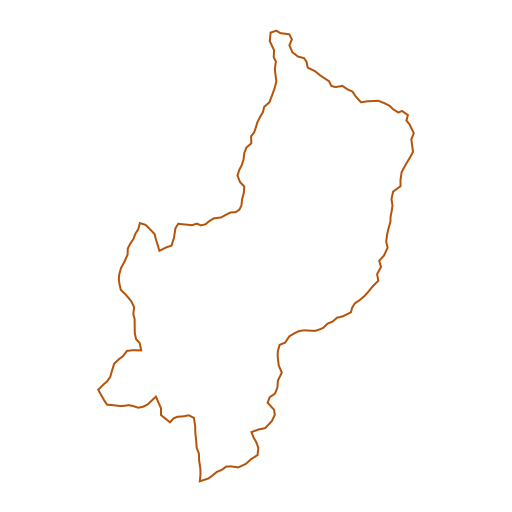 the district of Iacri, São Paulo, Brazil
{"feature_id": "56859067B52512979226911", "entity_name": "Iacri", "entity_type": "district", "adm_level": 2, "iso_a3": "BRA", "parent_name": "Brazil", "parent_adm1": "São Paulo", "projection": "robinson", "projection_center": [-50.627, -21.796], "detail": "fine", "context": "isolated", "style": "outline", "palette": "amber", "viewbox_px": 512, "rotation_deg": 0, "n_neighbors": 0, "source": "geoboundaries", "source_scale": "gbopen_adm2", "svg_char_len": 2760}
<svg xmlns="http://www.w3.org/2000/svg" viewBox="0 0 512 512"><path d="M407.9,115.0L402.0,111.0L398.3,112.5L393.1,109.2L389.6,105.8L384.9,103.4L378.5,100.8L367.4,101.3L361.0,102.3L355.5,96.2L352.5,91.6L347.6,89.4L342.4,85.9L335.4,87.1L331.3,85.9L329.0,81.2L325.3,78.8L319.8,75.1L314.9,71.1L307.7,67.6L306.5,61.7L304.0,58.1L298.0,56.6L292.4,52.3L289.4,45.3L291.9,39.4L289.3,34.3L280.3,33.1L276.3,30.7L270.6,32.6L269.8,41.2L274.1,50.3L273.7,57.2L275.9,61.5L274.8,69.1L275.7,76.4L276.4,81.2L274.6,88.3L272.1,95.3L269.4,102.3L264.2,106.8L262.9,112.2L260.1,116.8L257.2,122.7L255.9,127.4L254.1,132.5L251.1,136.3L251.3,143.4L246.4,147.5L244.3,153.0L243.5,159.6L241.7,165.3L239.3,169.8L237.5,175.6L240.1,182.2L244.3,186.5L243.8,192.9L242.1,199.3L241.4,205.6L239.4,209.6L235.7,212.2L230.7,212.4L225.7,214.9L221.2,217.4L213.6,218.4L209.3,221.1L205.5,224.3L200.8,225.4L196.9,223.6L192.1,225.2L178.2,223.8L175.4,228.4L174.0,237.8L171.5,245.6L166.2,247.4L159.4,250.8L157.5,244.4L155.8,239.1L154.6,234.0L149.9,229.2L145.6,224.9L139.9,223.1L138.3,229.2L135.5,233.5L133.5,238.8L130.2,243.8L127.8,248.5L127.6,254.7L124.0,262.6L121.1,267.8L119.3,274.1L118.8,278.8L119.4,283.7L120.8,289.8L125.8,294.7L131.3,301.3L134.1,307.1L133.3,314.1L134.6,319.0L134.7,327.3L134.8,333.2L136.1,339.2L139.7,343.1L141.2,350.4L133.0,350.2L127.0,350.9L122.9,356.2L119.1,359.0L114.2,363.6L111.6,372.0L110.3,376.8L107.2,381.3L103.6,384.4L98.2,389.7L101.5,395.6L104.2,400.4L107.0,404.7L111.3,405.0L120.1,406.0L124.2,405.8L128.9,405.2L133.1,406.0L138.1,407.7L142.7,406.9L147.6,404.5L155.9,396.6L161.0,408.3L161.0,415.1L170.0,422.3L173.5,418.4L177.2,416.8L183.7,416.3L188.8,415.3L193.9,417.9L195.2,426.3L195.3,432.8L196.0,438.5L196.7,447.8L198.9,453.7L199.1,460.2L200.4,469.1L200.5,474.2L199.8,481.3L203.7,480.0L208.3,478.5L212.0,475.9L216.7,472.0L222.3,469.6L226.1,466.6L231.2,466.4L238.4,467.4L245.8,463.9L251.3,459.0L257.6,455.0L258.3,447.6L256.2,442.0L253.5,437.4L251.5,432.1L258.1,429.6L265.2,428.1L271.9,421.0L274.8,414.9L274.1,409.8L267.6,402.7L269.7,397.2L275.0,393.6L277.4,387.5L277.9,380.6L281.8,372.7L278.8,365.6L277.6,355.9L277.9,351.0L279.6,344.9L285.1,342.6L289.3,336.3L294.6,333.2L298.9,331.1L304.2,330.3L309.0,330.6L314.9,330.9L319.1,329.6L323.2,327.9L327.5,323.7L332.9,321.4L337.0,317.7L342.6,316.4L346.7,314.4L350.9,312.3L352.2,307.6L354.8,303.4L359.3,300.4L364.7,295.8L368.2,291.9L372.4,286.7L378.3,280.7L377.1,274.1L381.0,267.0L379.2,260.8L384.0,255.5L387.6,247.7L386.2,241.6L387.1,234.5L388.6,228.1L390.4,221.8L390.6,216.5L391.7,210.9L392.5,205.6L391.5,199.0L393.1,191.6L396.6,189.1L400.5,186.2L400.5,179.9L401.6,172.3L405.7,164.5L409.5,158.3L413.0,152.0L412.1,144.9L411.3,139.4L413.8,133.2L409.5,124.3L406.4,120.6L407.9,115.0Z" fill="none" stroke="#b45309" stroke-width="2"/></svg>